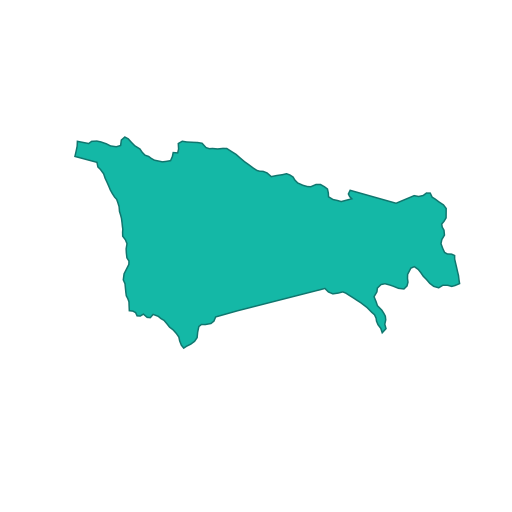 Lafaiete Coutinho, Bahia, Brazil (orthographic projection), rotated 196°
{"feature_id": "56859067B55716819349441", "entity_name": "Lafaiete Coutinho", "entity_type": "district", "adm_level": 2, "iso_a3": "BRA", "parent_name": "Brazil", "parent_adm1": "Bahia", "projection": "orthographic", "projection_center": [-40.301, -13.623], "detail": "fine", "context": "isolated", "style": "filled", "palette": "teal", "viewbox_px": 512, "rotation_deg": 196, "n_neighbors": 0, "source": "geoboundaries", "source_scale": "gbopen_adm2", "svg_char_len": 2943}
<svg xmlns="http://www.w3.org/2000/svg" viewBox="0 0 512 512"><g transform="rotate(196 256 256)"><path d="M319.5,163.8L315.2,162.1L311.1,159.5L307.8,156.8L306.0,153.4L303.2,149.7L300.1,147.5L297.9,150.1L294.4,153.3L291.5,157.1L290.1,161.3L291.1,166.8L291.5,172.5L289.6,175.1L285.9,176.1L280.7,178.7L278.5,181.8L278.0,186.3L258.6,198.3L180.8,243.8L176.5,241.4L171.7,240.8L166.8,243.0L162.7,245.4L159.5,245.1L155.9,244.0L150.7,242.5L146.6,241.2L142.5,240.0L139.2,238.7L135.1,237.1L131.9,235.3L129.3,233.8L125.9,232.2L123.4,229.3L122.2,226.6L119.8,223.6L116.1,220.8L113.5,217.0L111.0,222.0L113.4,225.9L113.7,230.4L115.1,233.8L117.3,236.1L120.1,238.6L125.6,241.7L127.7,244.8L131.3,249.4L129.9,254.9L130.5,258.6L128.0,263.0L124.4,264.9L119.5,265.0L115.7,264.8L110.1,264.2L104.7,265.1L102.6,268.8L102.7,272.7L104.2,276.2L105.2,280.1L103.8,287.0L100.9,289.4L96.3,287.8L93.1,285.5L89.6,282.6L85.8,280.5L81.4,277.6L76.8,275.8L71.6,275.8L68.3,279.4L63.6,280.7L59.5,280.7L56.5,282.5L52.7,285.6L54.2,288.8L56.0,293.1L57.9,296.4L60.3,300.8L62.6,304.9L64.2,307.8L65.2,311.2L68.5,311.7L72.6,310.7L75.7,311.4L78.4,314.5L81.6,318.9L81.9,323.1L80.6,328.0L82.4,332.6L84.9,335.0L86.3,337.9L84.9,341.0L83.8,345.0L85.4,350.9L86.3,354.1L89.9,356.8L95.0,358.4L99.7,360.2L102.9,361.1L105.9,364.5L109.5,363.5L112.0,360.2L116.1,358.0L120.6,357.6L135.9,345.3L183.6,345.1L184.3,341.1L182.3,338.9L179.7,337.4L189.1,331.8L193.1,331.8L197.5,331.5L202.6,332.9L203.8,336.4L205.8,340.1L209.2,341.4L213.7,342.5L218.0,341.3L222.4,337.7L225.7,336.9L230.4,336.9L236.1,337.7L239.7,339.8L242.1,342.1L245.7,343.2L249.3,343.5L253.1,341.4L258.4,339.0L263.2,336.5L268.3,338.9L272.5,339.3L275.8,338.5L278.7,338.5L282.7,339.7L288.2,341.8L293.1,343.5L298.6,346.0L303.2,348.2L307.4,349.4L313.8,351.3L317.7,350.2L322.4,348.3L327.3,347.4L330.4,346.3L333.9,346.4L338.9,349.5L343.4,349.0L347.1,348.1L354.0,346.5L358.5,346.0L361.7,342.7L359.9,337.5L359.7,333.5L364.1,332.6L363.8,328.5L364.4,324.1L368.6,322.1L371.9,320.7L374.7,320.5L380.2,320.1L383.8,321.0L386.6,322.1L390.5,322.3L394.1,324.4L397.1,326.9L402.8,328.5L407.1,330.9L411.1,333.4L414.9,334.2L417.4,330.3L416.6,324.9L420.4,322.5L426.2,321.7L430.8,322.6L436.6,322.9L440.7,322.6L445.6,320.9L447.8,318.0L459.3,317.0L458.2,312.3L457.8,307.3L457.5,301.8L434.7,302.2L432.5,298.0L429.5,296.4L425.1,293.0L422.4,289.1L419.5,285.8L416.5,282.2L414.3,279.4L411.5,276.6L408.2,273.7L405.6,272.1L403.7,269.5L401.2,265.7L399.5,261.2L397.4,258.0L395.7,255.1L394.0,251.2L392.6,247.7L391.4,245.0L390.8,242.1L389.6,238.3L386.0,235.6L383.4,232.3L382.8,227.1L381.5,223.3L379.6,218.7L376.7,216.1L375.9,212.9L376.8,208.2L377.9,202.5L377.0,196.5L374.3,193.3L373.0,190.0L371.1,185.2L369.7,182.0L367.5,179.7L365.5,177.0L364.2,173.0L362.7,168.5L359.2,169.1L356.1,168.4L353.8,165.7L350.7,166.4L348.2,169.1L343.7,167.0L340.6,167.6L338.8,171.5L333.4,171.1L330.0,169.6L326.7,168.8L322.8,166.2L319.5,163.8Z" fill="#14b8a6" stroke="#0f766e" stroke-width="1.5"/></g></svg>